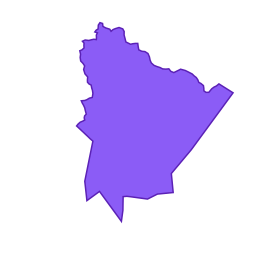 Aquidabã, Sergipe, Brazil, rotated 116°
{"feature_id": "56859067B15430987932018", "entity_name": "Aquidabã", "entity_type": "district", "adm_level": 2, "iso_a3": "BRA", "parent_name": "Brazil", "parent_adm1": "Sergipe", "projection": "mercator", "projection_center": [-37.097, -10.269], "detail": "fine", "context": "isolated", "style": "filled", "palette": "violet", "viewbox_px": 256, "rotation_deg": 116, "n_neighbors": 0, "source": "geoboundaries", "source_scale": "gbopen_adm2", "svg_char_len": 1550}
<svg xmlns="http://www.w3.org/2000/svg" viewBox="0 0 256 256"><g transform="rotate(116 128 128)"><path d="M204.2,96.5L200.6,98.2L191.8,102.3L189.9,99.1L188.6,95.4L183.3,79.3L174.5,72.6L166.2,59.1L149.9,69.1L119.8,61.6L50.3,49.0L48.5,65.6L51.5,67.0L53.5,68.6L56.0,69.9L60.5,71.0L61.8,73.6L61.3,76.1L59.0,77.3L56.8,78.8L56.0,82.1L56.0,84.3L54.0,86.5L52.7,88.8L52.2,91.3L51.3,94.0L51.2,98.4L51.2,101.7L52.1,106.5L54.0,107.9L58.1,111.1L58.3,114.4L56.9,117.2L58.5,119.8L59.7,122.8L59.6,125.6L60.1,129.0L60.3,132.1L59.3,135.6L57.3,137.9L54.7,139.9L52.3,142.7L51.9,146.3L53.0,149.3L53.0,152.6L50.3,154.6L47.7,156.3L48.7,158.4L50.2,160.7L51.6,162.4L51.6,164.9L51.6,167.6L49.1,169.7L46.1,172.3L42.9,173.8L41.2,176.2L41.6,180.1L44.2,182.9L46.1,184.6L48.5,185.6L47.2,187.7L47.8,191.8L47.7,195.0L45.2,196.7L45.6,199.4L48.5,199.8L52.1,198.3L54.0,199.5L56.2,199.9L55.9,197.2L58.4,197.2L60.3,196.1L62.4,195.2L63.2,197.6L64.6,199.4L66.5,201.6L67.7,205.1L70.0,207.0L71.0,204.7L73.0,203.9L75.3,202.6L78.1,203.7L79.7,205.2L82.4,203.0L85.6,201.9L88.5,199.9L89.7,196.7L91.2,194.2L94.9,193.5L98.2,190.4L99.8,186.6L102.7,185.5L104.6,184.5L105.5,182.4L105.6,179.9L107.8,178.3L109.7,176.5L112.3,174.7L116.2,173.5L118.1,175.8L120.6,177.4L122.2,178.9L124.0,181.9L125.5,180.2L127.0,178.0L128.9,175.7L131.3,173.8L133.8,171.6L136.1,172.3L138.1,171.8L139.8,170.4L141.7,171.7L143.7,173.5L146.4,174.6L148.7,175.1L153.3,160.2L154.2,157.5L155.2,153.8L194.8,143.5L208.9,134.6L211.3,133.1L197.5,125.8L214.8,93.0L204.2,96.5Z" fill="#8b5cf6" stroke="#5b21b6" stroke-width="1.5"/></g></svg>